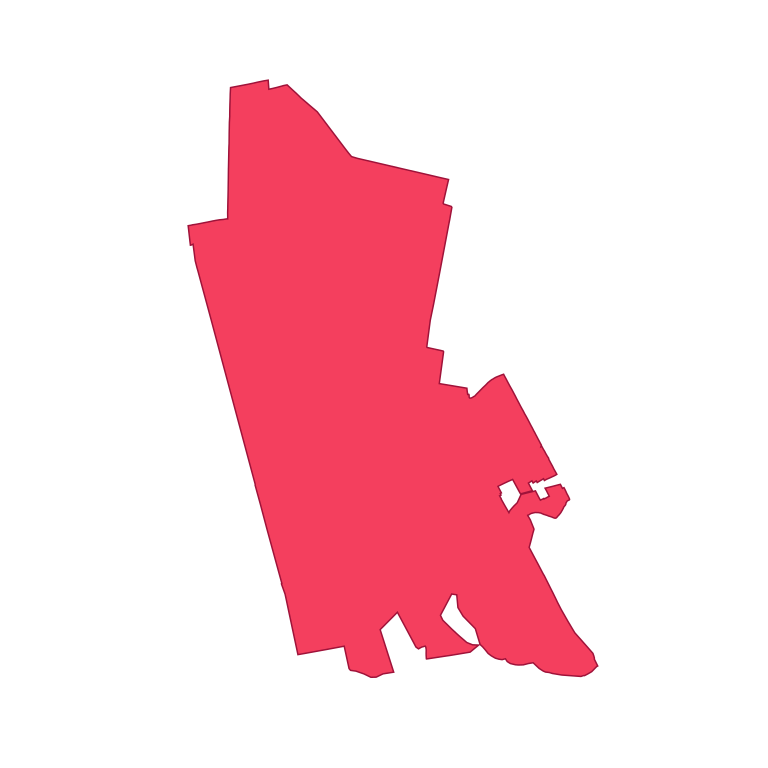 Scarisoara, Olt, Romania (Equal Earth projection), rotated 82°
{"feature_id": "2599482B52878080554645", "entity_name": "Scarisoara", "entity_type": "district", "adm_level": 2, "iso_a3": "ROU", "parent_name": "Romania", "parent_adm1": "Olt", "projection": "equal_earth", "projection_center": [24.562, 43.983], "detail": "fine", "context": "isolated", "style": "filled", "palette": "rose", "viewbox_px": 768, "rotation_deg": 82, "n_neighbors": 0, "source": "geoboundaries", "source_scale": "gbopen_adm2", "svg_char_len": 5555}
<svg xmlns="http://www.w3.org/2000/svg" viewBox="0 0 768 768"><g transform="rotate(82 384 384)"><path d="M640.0,506.9L639.8,500.6L638.9,478.1L638.1,459.9L661.0,458.2L662.9,457.0L664.4,451.8L668.3,444.2L672.6,437.8L673.2,432.5L670.9,425.3L670.7,414.5L626.7,422.0L611.9,402.5L643.8,390.8L648.9,389.0L651.1,386.7L649.8,383.4L649.3,379.7L650.4,379.2L653.1,379.2L656.8,379.8L657.7,379.9L658.4,380.0L662.1,380.3L662.2,380.2L662.2,378.2L662.0,361.1L662.0,356.9L661.5,336.0L655.7,326.6L654.6,332.6L651.5,338.0L644.4,344.2L641.9,346.3L636.0,351.1L626.2,358.6L620.9,360.3L601.4,346.2L602.9,341.3L615.7,341.9L624.9,338.0L639.0,327.6L655.3,325.1L658.0,322.9L661.4,320.7L665.3,318.4L668.1,315.6L671.0,311.9L672.5,308.5L673.4,305.4L673.0,302.0L676.0,300.6L678.4,297.8L680.3,293.0L681.0,289.9L681.5,285.1L680.9,280.0L680.8,275.1L687.3,269.9L690.4,266.3L691.7,264.2L692.7,260.5L694.1,257.5L695.0,254.6L696.9,248.6L698.2,242.6L701.0,229.7L700.5,227.0L700.7,226.0L699.5,222.6L697.8,218.4L696.5,216.7L694.0,213.5L693.4,212.7L693.0,211.6L689.1,212.9L685.8,214.0L684.6,213.8L682.3,214.1L679.8,214.6L672.9,219.1L656.9,229.7L644.6,234.9L632.0,239.9L624.3,242.6L623.7,242.8L622.0,243.3L617.7,244.7L614.6,245.7L612.0,246.6L609.4,247.5L604.6,249.1L599.9,250.7L596.0,252.0L594.7,252.6L591.7,253.7L587.2,255.3L583.3,256.7L580.9,257.6L576.8,259.1L573.2,260.4L569.9,261.6L566.0,263.0L564.4,262.3L560.9,260.8L557.3,259.3L554.3,258.1L551.9,257.1L550.2,256.3L548.7,255.7L547.9,255.8L545.1,256.5L542.3,257.2L539.0,258.0L536.7,258.9L534.4,259.9L534.0,260.0L533.8,259.4L533.7,258.6L533.4,257.9L533.0,257.4L532.8,256.6L532.6,255.7L532.5,254.7L532.4,253.6L532.3,252.5L532.4,251.4L532.6,250.6L532.7,249.9L532.8,249.1L533.2,248.0L533.5,246.9L534.0,246.1L534.7,245.0L535.2,244.1L535.5,243.7L535.8,242.8L536.3,241.9L536.8,240.8L537.7,239.3L538.1,238.4L538.6,237.3L539.1,236.3L539.5,235.7L540.0,234.8L540.3,234.3L540.6,233.6L540.7,233.0L540.7,232.5L540.6,232.1L540.4,231.8L540.1,231.4L539.4,230.6L538.9,230.1L538.4,229.4L537.9,228.8L537.5,228.4L536.8,227.6L536.2,227.0L535.4,226.3L534.7,225.8L534.0,225.2L533.6,224.9L532.9,224.4L532.1,223.8L531.4,223.4L531.0,223.2L530.7,222.9L530.5,222.7L529.7,221.8L529.4,221.5L529.0,221.1L528.5,220.8L528.0,220.6L526.9,220.2L526.4,219.7L525.6,219.1L525.2,218.6L525.0,217.9L524.7,216.9L524.5,216.5L524.2,216.3L523.8,216.3L522.6,216.6L521.6,216.9L520.7,217.2L519.8,217.5L518.8,217.9L517.9,218.2L517.3,218.4L516.2,218.7L515.2,219.0L513.9,219.4L512.8,219.8L511.7,220.2L512.2,221.8L507.9,223.3L508.0,224.4L508.4,227.9L508.8,231.2L509.0,233.2L509.6,239.0L510.9,238.5L512.7,237.8L514.6,237.2L516.6,236.5L518.2,236.0L518.7,237.7L519.3,239.0L520.1,241.5L519.6,241.7L520.0,242.8L520.4,244.2L520.8,245.3L518.8,246.1L516.6,246.9L510.9,248.9L512.4,263.6L520.0,268.5L520.6,269.2L522.8,272.2L524.9,274.7L527.0,277.0L528.8,278.2L520.9,281.4L514.5,283.9L513.9,283.9L510.8,285.1L510.3,283.6L508.6,284.1L508.2,282.9L501.2,285.4L499.1,279.0L497.8,274.8L496.4,269.9L509.8,264.9L511.8,264.1L511.4,260.6L510.3,251.9L502.2,254.8L500.5,251.0L502.8,250.1L501.2,246.7L502.9,246.0L502.1,244.1L501.6,243.0L500.0,239.2L501.9,238.6L501.0,236.3L500.8,235.6L500.3,233.8L499.8,232.0L499.1,229.8L498.9,229.0L498.1,226.7L497.5,225.4L493.9,226.8L491.6,227.7L489.1,228.5L486.7,229.4L485.1,230.0L481.5,231.3L480.4,231.3L478.1,232.4L476.6,233.0L475.1,233.6L473.3,234.2L471.0,235.2L468.6,236.1L467.5,236.5L467.8,237.2L467.2,236.9L466.8,236.8L466.4,236.7L465.8,236.9L464.0,237.6L462.2,238.2L460.4,238.9L458.4,239.6L456.7,240.2L455.4,240.7L453.3,241.4L451.0,242.3L448.3,243.2L445.7,244.2L443.4,245.0L441.1,245.8L438.3,246.8L435.4,247.9L433.0,248.9L430.3,249.8L427.5,250.9L425.1,251.8L422.0,252.9L419.5,253.8L417.6,254.5L414.6,255.5L411.3,256.7L407.7,258.0L403.4,259.7L399.3,261.2L395.9,262.4L393.0,263.5L391.0,264.2L391.3,265.8L391.9,268.3L392.3,269.9L392.6,271.2L393.0,272.6L393.6,274.1L394.4,275.8L394.5,276.3L395.6,278.4L396.0,279.0L396.5,279.8L397.0,280.7L397.8,281.7L399.3,283.6L401.4,286.6L402.8,288.4L407.0,293.9L408.6,295.8L409.0,297.1L409.5,298.0L409.9,299.1L410.0,300.6L409.8,301.2L409.3,301.4L408.8,301.5L407.0,301.3L406.1,301.4L406.0,301.5L406.0,302.6L405.2,302.6L402.2,302.6L399.7,302.5L395.1,317.1L391.3,329.2L360.4,320.5L359.6,320.8L353.8,336.3L353.3,336.5L327.3,329.3L312.2,323.9L283.6,314.1L234.8,297.6L230.5,296.1L218.5,292.2L217.5,292.7L214.1,299.8L213.5,300.2L213.0,300.2L199.3,295.0L190.5,291.6L186.8,301.3L156.9,378.8L154.3,384.5L150.3,387.0L145.4,389.8L105.2,412.2L97.9,418.7L93.0,423.0L89.4,426.2L84.6,429.9L80.1,433.6L75.8,437.1L74.3,438.3L74.5,442.1L74.7,443.3L75.4,448.9L75.7,452.0L75.8,453.0L76.1,457.0L67.0,456.4L67.1,460.9L67.5,467.2L67.9,471.5L68.3,477.6L68.3,478.2L68.6,484.1L69.1,494.7L75.3,495.9L79.6,496.6L85.9,497.7L92.0,498.7L95.9,499.3L97.5,499.5L103.4,500.7L109.1,501.6L113.4,502.3L119.4,503.2L124.7,504.0L126.7,504.4L130.2,505.0L136.4,506.0L147.5,507.8L149.2,508.1L149.9,508.2L159.7,509.7L168.0,511.0L169.4,511.2L175.0,512.1L186.6,514.0L187.3,514.1L188.1,514.2L189.7,514.5L192.6,515.0L196.6,515.5L198.0,515.7L198.4,515.8L198.7,515.8L198.6,517.3L198.7,520.3L198.5,524.1L198.6,528.2L198.7,529.7L198.7,530.5L199.1,536.1L199.2,538.5L199.4,542.0L199.6,545.5L199.7,548.0L199.7,549.1L199.7,549.8L199.7,551.2L199.9,553.1L200.0,555.9L204.1,556.0L214.7,556.3L219.6,556.4L219.6,555.8L219.0,553.6L235.7,553.8L242.9,553.0L245.6,552.6L295.8,546.3L371.8,537.0L394.7,534.2L465.4,525.5L466.2,525.7L486.3,523.1L511.3,520.1L542.5,516.1L567.3,512.9L567.6,513.4L578.3,511.2L585.1,510.7L594.0,510.1L638.4,507.0L640.0,506.9Z" fill="#f43f5e" stroke="#9f1239" stroke-width="1.5"/></g></svg>